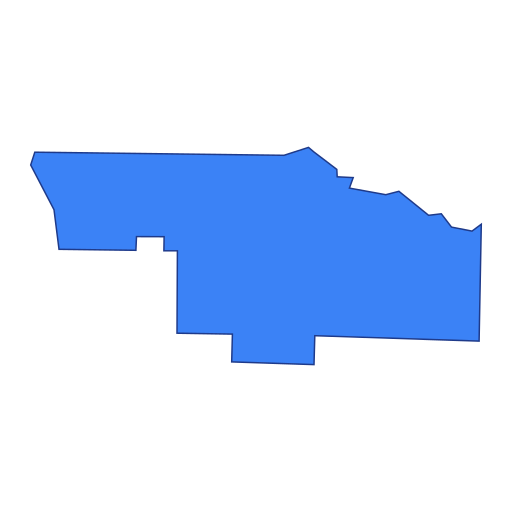 outline of Ben Hill, Georgia, United States of America
{"feature_id": "52423323B98536911266025", "entity_name": "Ben Hill", "entity_type": "district", "adm_level": 2, "iso_a3": "USA", "parent_name": "United States of America", "parent_adm1": "Georgia", "projection": "albers", "projection_center": [-83.233, 31.752], "detail": "fine", "context": "isolated", "style": "filled", "palette": "blue", "viewbox_px": 512, "rotation_deg": 0, "n_neighbors": 0, "source": "geoboundaries", "source_scale": "gbopen_adm2", "svg_char_len": 498}
<svg xmlns="http://www.w3.org/2000/svg" viewBox="0 0 512 512"><path d="M34.8,152.2L30.7,165.0L54.0,209.7L59.0,249.3L135.9,250.3L136.5,236.6L164.1,236.7L163.9,250.8L177.4,250.8L177.0,333.2L232.4,334.1L231.7,361.9L314.0,364.6L314.8,335.7L479.1,341.1L481.3,224.2L472.0,231.1L451.5,227.1L441.3,213.8L428.6,215.3L398.9,191.3L385.8,194.7L349.4,188.1L353.2,177.6L337.2,176.8L336.8,169.4L313.7,151.8L308.5,147.4L284.0,155.3L68.1,152.6L34.8,152.2Z" fill="#3b82f6" stroke="#1e3a8a" stroke-width="1.5"/></svg>